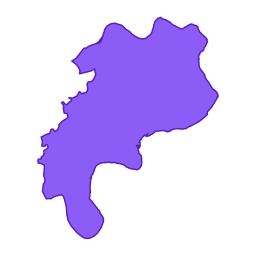 the district of Ashmun, Al Minufiyah, Egypt, rotated 271°
{"feature_id": "37247803B18007255516355", "entity_name": "Ashmun", "entity_type": "district", "adm_level": 2, "iso_a3": "EGY", "parent_name": "Egypt", "parent_adm1": "Al Minufiyah", "projection": "robinson", "projection_center": [30.999, 30.299], "detail": "fine", "context": "isolated", "style": "filled", "palette": "violet", "viewbox_px": 256, "rotation_deg": 271, "n_neighbors": 0, "source": "geoboundaries", "source_scale": "gbopen_adm2", "svg_char_len": 5797}
<svg xmlns="http://www.w3.org/2000/svg" viewBox="0 0 256 256"><g transform="rotate(271 128 128)"><path d="M141.7,64.0L141.7,64.9L141.4,66.3L141.2,66.7L138.8,67.7L137.4,67.6L136.8,67.0L136.2,66.2L134.3,63.1L130.2,58.9L128.2,59.0L125.1,57.7L123.3,55.4L123.4,55.0L125.6,52.9L125.5,51.8L124.3,50.6L123.5,50.6L121.3,49.9L120.8,48.5L120.6,47.4L117.4,41.4L114.7,42.2L111.9,42.7L108.7,42.0L108.1,44.0L108.6,45.7L109.4,45.9L109.8,46.5L109.8,47.5L107.8,48.3L107.0,48.3L105.6,47.0L103.7,44.1L102.5,44.5L99.5,44.2L98.3,43.2L98.3,42.8L97.2,41.7L95.8,41.7L95.4,41.0L95.2,38.8L93.3,38.5L91.4,38.9L91.2,39.7L91.2,40.7L90.8,42.1L90.3,43.3L89.7,44.1L89.3,44.9L88.1,45.1L84.7,45.0L80.1,44.5L77.5,45.0L75.9,45.6L73.8,45.9L71.7,45.5L70.7,44.4L63.1,43.6L58.8,45.9L55.8,47.5L56.1,51.2L56.1,52.7L57.1,53.6L58.1,55.5L58.8,57.5L59.9,61.7L59.9,62.3L59.9,62.9L59.6,63.5L59.2,64.0L58.6,64.5L55.3,65.8L48.1,67.7L39.4,68.5L39.4,68.9L35.5,69.3L29.2,72.8L22.4,78.8L18.4,84.1L17.6,85.5L17.1,87.1L16.9,88.7L17.0,90.4L17.2,91.5L17.7,92.8L19.7,96.5L22.2,99.1L25.5,101.4L28.5,103.1L34.0,105.0L35.7,105.1L37.3,104.9L38.7,104.3L41.4,102.3L43.3,101.3L44.9,100.7L45.4,99.9L46.0,99.3L46.7,98.9L47.7,98.4L48.2,98.0L48.5,97.4L50.5,96.0L52.4,94.3L54.1,93.2L54.7,92.6L55.9,91.3L56.5,90.9L57.1,90.7L57.9,90.7L59.3,91.1L60.4,90.9L61.1,91.1L61.8,91.0L62.8,91.4L63.8,91.5L67.1,91.1L70.1,91.1L72.2,91.4L74.4,91.5L77.6,92.2L77.5,91.6L79.1,92.2L82.4,94.1L83.5,94.4L84.6,94.9L85.9,95.2L87.4,95.7L88.9,96.4L89.8,97.1L90.5,97.8L91.0,98.6L92.7,102.2L93.5,110.4L93.1,111.2L92.9,112.0L93.0,112.9L93.3,113.6L93.2,114.7L92.9,117.2L92.5,117.5L92.4,117.9L92.4,118.5L92.3,120.0L92.1,121.2L91.6,122.7L91.2,123.9L90.5,125.3L89.7,126.4L88.9,127.2L87.3,131.7L87.0,133.7L87.0,135.7L86.7,136.5L86.5,137.2L86.6,138.1L87.0,139.0L87.6,139.8L88.4,140.6L89.3,141.2L90.3,141.8L91.7,142.1L93.4,142.3L98.0,142.1L99.7,141.9L100.8,141.5L101.7,140.7L102.5,139.6L104.5,139.1L105.3,139.0L105.8,138.8L106.1,138.5L107.3,138.4L108.3,138.2L109.4,137.7L110.5,136.9L110.8,137.6L110.9,138.3L110.4,138.3L109.9,138.3L109.9,138.7L110.5,138.8L110.5,139.0L109.3,139.2L109.4,139.5L108.5,139.6L108.7,139.8L109.3,140.0L110.0,140.4L111.2,140.5L111.9,140.3L112.5,140.3L113.2,140.2L113.6,140.3L114.0,140.3L114.5,140.0L114.6,139.8L114.5,139.6L115.1,139.8L116.3,140.5L116.4,140.9L116.7,141.3L117.4,141.5L119.0,142.5L120.3,144.0L121.1,145.1L121.4,146.4L122.1,147.5L120.8,146.9L120.5,146.5L120.3,146.1L120.0,146.2L120.0,146.4L120.0,147.2L120.4,148.0L120.5,148.7L120.7,149.4L122.2,151.8L122.7,152.9L123.2,153.4L123.9,153.9L124.1,154.4L124.5,154.7L124.7,155.1L125.1,155.4L125.4,157.2L125.5,158.9L125.9,161.1L126.1,163.2L125.8,164.7L125.7,166.0L125.0,166.2L125.0,167.1L125.0,167.9L125.3,169.2L125.8,170.3L126.3,170.0L126.9,171.9L127.7,173.8L127.9,174.6L128.1,176.1L128.2,177.7L128.1,179.4L128.1,180.2L127.8,181.3L128.4,185.6L128.7,186.4L129.0,186.9L129.4,187.2L129.9,187.9L131.0,190.5L135.6,198.7L137.9,201.7L139.0,202.9L139.9,204.0L141.6,205.7L142.7,207.0L144.2,206.9L145.0,207.1L145.8,207.4L146.7,208.0L147.4,208.7L150.5,211.4L158.8,216.2L161.0,216.9L161.2,217.0L160.2,217.3L161.2,217.5L162.2,217.4L163.8,216.9L164.7,216.5L166.4,215.1L167.1,213.9L168.1,212.9L168.9,211.7L172.9,209.1L174.6,208.2L177.3,205.9L179.1,204.9L180.4,204.0L181.5,204.1L182.9,203.5L186.0,201.2L186.6,200.7L187.1,200.0L188.0,199.6L189.8,198.4L192.2,197.9L194.3,197.8L196.3,197.5L198.3,197.8L198.6,197.7L198.7,197.3L198.9,197.2L200.2,197.5L201.6,197.4L202.1,197.8L202.6,198.3L203.7,198.3L203.8,198.5L204.0,198.7L204.6,198.9L205.1,199.2L205.6,199.8L205.9,200.8L206.1,201.2L207.4,202.2L207.9,202.4L208.4,202.4L209.0,202.6L209.7,202.6L210.2,203.2L210.9,203.8L212.7,204.6L214.2,205.2L215.3,206.0L216.5,205.6L217.8,205.6L218.6,204.9L219.5,204.3L221.5,202.0L222.5,200.8L225.5,197.9L228.3,196.4L230.5,196.0L231.8,194.1L231.6,192.8L232.2,192.1L232.6,191.2L232.9,190.3L233.1,189.5L232.1,187.1L230.6,184.7L230.0,183.5L229.1,182.2L228.1,181.1L227.9,180.4L228.0,179.6L229.1,176.8L229.8,175.3L230.8,173.6L231.0,172.8L231.5,171.8L232.5,170.4L233.0,169.7L233.5,169.2L235.0,167.5L235.7,165.7L236.3,164.7L236.9,163.9L237.3,162.0L238.0,159.9L238.1,159.6L238.6,159.4L239.0,159.0L239.1,158.9L239.0,158.6L238.7,157.6L238.3,156.8L238.2,156.2L238.0,155.7L237.4,155.2L236.8,155.1L236.1,154.1L235.1,153.3L234.4,152.9L232.7,152.5L231.6,152.0L229.8,151.8L224.9,150.4L222.6,149.4L221.8,148.7L221.2,148.3L219.8,146.0L219.3,145.7L218.6,145.6L218.0,144.2L217.7,143.0L217.4,141.9L217.4,140.8L217.5,139.2L218.1,137.1L218.5,136.0L219.2,134.9L220.0,133.2L222.0,130.3L222.8,129.5L223.9,128.5L224.6,127.7L225.1,127.0L227.2,123.3L228.3,122.6L229.2,121.6L230.2,120.4L230.8,119.2L231.2,118.0L231.3,116.6L231.8,115.7L232.2,114.6L232.4,113.0L232.3,111.2L232.0,109.7L231.4,108.3L230.6,106.7L229.7,105.6L228.6,104.6L227.5,103.8L225.8,102.9L224.7,102.6L223.6,102.5L219.1,100.9L216.9,100.5L214.1,99.3L212.8,98.3L212.5,97.9L212.4,96.8L212.2,95.9L210.5,90.8L209.6,88.5L209.0,87.4L208.1,86.0L207.1,84.7L207.2,84.0L207.1,83.5L207.0,82.9L206.6,82.3L206.1,81.8L200.3,77.6L198.6,76.2L196.8,75.0L195.6,73.1L193.9,70.8L191.1,74.6L188.9,76.8L186.2,78.3L184.6,78.9L183.2,78.9L182.2,78.6L181.6,78.6L181.4,78.9L184.5,90.3L186.0,92.6L186.4,93.4L181.5,94.7L179.7,94.4L177.2,93.3L175.2,92.1L174.2,91.2L173.5,89.2L173.5,87.7L172.2,86.5L170.4,86.4L167.6,87.0L165.4,86.9L164.8,86.5L164.0,86.5L162.8,85.6L162.3,83.2L161.4,81.1L163.0,79.7L163.4,78.7L162.1,77.9L161.7,77.9L159.1,76.4L157.2,72.6L156.6,72.0L156.9,71.2L157.3,68.6L157.1,68.4L156.5,69.2L155.9,70.6L155.1,71.0L154.3,70.9L153.7,70.5L153.1,68.9L152.0,68.0L150.6,66.8L150.2,65.9L150.4,65.3L151.3,64.3L152.9,62.8L152.4,61.3L151.3,61.7L149.9,62.9L148.5,63.3L147.9,63.2L146.9,63.0L145.5,63.2L141.7,64.0ZM214.6,99.0L216.4,99.1L213.6,97.2L213.2,96.4L212.8,97.2L213.7,98.5L214.6,99.0Z" fill="#8b5cf6" stroke="#5b21b6" stroke-width="1.5"/></g></svg>